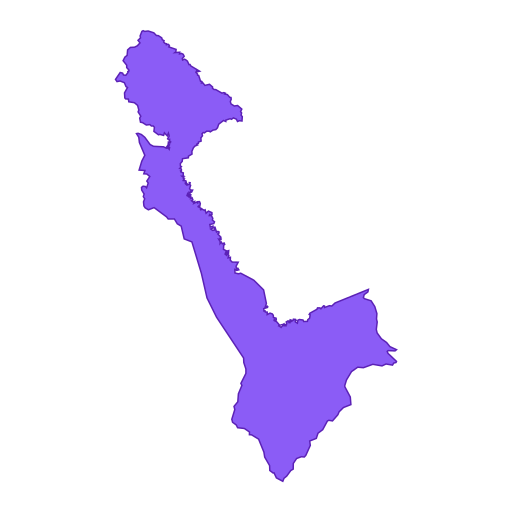 Pinogana, Darién, Panama (Albers equal-area conic projection)
{"feature_id": "35544464B85836861885504", "entity_name": "Pinogana", "entity_type": "district", "adm_level": 2, "iso_a3": "PAN", "parent_name": "Panama", "parent_adm1": "Darién", "projection": "albers", "projection_center": [-77.802, 8.304], "detail": "fine", "context": "isolated", "style": "filled", "palette": "violet", "viewbox_px": 512, "rotation_deg": 0, "n_neighbors": 0, "source": "geoboundaries", "source_scale": "gbopen_adm2", "svg_char_len": 6029}
<svg xmlns="http://www.w3.org/2000/svg" viewBox="0 0 512 512"><path d="M242.0,121.0L242.3,116.6L241.1,115.2L241.6,112.9L240.6,111.6L241.8,109.1L237.6,105.5L234.3,106.0L231.0,103.9L230.3,101.6L231.2,99.3L231.0,97.5L229.7,97.3L227.4,94.6L224.7,94.0L225.3,93.2L223.9,92.6L221.9,93.1L215.8,89.6L214.0,89.5L212.5,88.3L212.6,87.0L209.5,84.3L204.9,85.4L203.1,83.1L201.7,83.0L202.3,82.2L201.6,81.3L200.6,81.4L198.7,75.5L197.6,75.2L197.4,73.9L195.9,72.3L196.5,71.1L197.5,71.7L199.6,71.2L190.9,66.0L190.0,64.5L189.0,64.6L187.4,61.1L185.6,59.7L184.5,59.2L182.6,60.0L182.3,58.5L184.2,56.3L183.2,54.3L181.5,53.4L179.5,53.9L179.8,52.2L174.9,52.6L175.8,51.9L176.1,49.4L168.8,46.9L169.4,45.8L168.8,44.7L167.9,44.2L166.4,44.7L166.3,43.7L164.8,43.3L163.6,42.0L164.1,40.7L162.3,39.7L161.7,37.8L158.3,35.6L156.4,35.5L153.8,32.8L148.2,31.0L144.7,31.4L143.1,30.7L141.9,31.4L140.1,35.9L140.5,37.9L138.0,40.3L140.0,42.9L137.3,45.8L134.5,47.2L130.4,47.4L127.6,49.9L127.1,55.4L124.9,57.1L123.1,60.7L126.7,65.2L126.7,67.6L128.8,69.9L128.9,71.0L127.8,71.5L128.0,72.5L125.8,75.3L123.5,75.0L122.6,73.1L120.2,72.5L115.5,79.4L117.0,81.6L120.1,81.0L124.4,82.7L126.0,86.6L127.5,87.5L124.5,92.9L124.8,97.9L125.6,98.9L128.4,99.1L128.8,101.8L134.4,102.7L137.6,105.4L138.8,110.0L138.1,111.9L140.8,116.2L139.7,118.1L140.5,122.2L142.5,122.6L146.3,125.0L149.9,124.6L151.4,126.0L153.3,126.0L154.4,127.3L153.9,131.4L158.5,134.8L159.9,134.4L163.6,135.4L164.4,132.8L167.3,135.9L168.4,133.2L169.2,136.0L167.6,138.8L168.5,139.6L169.6,139.4L169.5,140.8L170.7,141.9L170.0,142.9L168.4,142.1L168.1,144.6L168.9,144.2L169.5,144.8L168.5,146.5L167.9,145.2L166.8,146.7L169.4,147.5L169.7,146.9L169.2,149.3L168.4,148.2L166.4,148.2L163.5,146.8L153.5,146.3L150.1,144.5L144.8,137.3L141.4,134.5L138.1,133.3L136.5,133.6L138.8,137.3L139.4,142.5L144.8,155.3L141.8,161.1L139.1,170.1L144.9,170.5L143.8,173.8L146.8,174.0L149.8,176.5L146.8,181.1L148.2,183.0L146.6,187.8L145.4,186.5L143.0,186.2L141.5,187.4L141.7,190.1L144.1,194.0L143.3,196.6L144.7,198.8L143.5,201.8L143.9,205.9L145.1,207.8L148.4,209.8L154.1,207.6L166.6,216.9L168.2,219.0L174.4,219.0L177.3,223.8L181.2,226.1L184.2,238.9L191.9,241.9L201.4,273.4L207.0,297.9L216.5,317.1L243.6,358.0L243.8,362.6L245.9,369.0L245.9,373.4L240.9,383.4L241.9,385.4L238.4,393.8L237.8,401.8L234.0,406.4L234.8,409.5L231.8,419.3L232.6,422.3L236.3,425.0L237.6,427.7L244.4,428.5L249.5,432.0L249.4,434.7L251.5,434.8L258.6,439.1L263.9,452.1L264.7,457.1L269.6,465.6L269.8,470.5L273.1,473.0L274.0,472.8L276.4,477.9L282.8,481.3L284.0,478.3L286.7,476.1L290.8,470.5L293.2,469.1L293.3,463.4L296.6,458.5L301.4,456.7L304.3,457.0L305.8,455.4L310.3,445.4L309.7,441.0L316.3,438.4L318.0,433.2L322.7,429.7L327.4,421.0L328.8,420.3L332.5,420.9L337.9,414.7L339.1,411.8L343.5,407.5L350.9,404.6L350.3,397.0L344.8,386.7L344.8,385.4L346.5,379.9L351.5,371.6L357.7,367.2L363.4,367.7L372.8,364.3L382.0,365.9L386.0,364.0L392.5,365.1L393.7,363.1L396.0,362.5L396.5,361.4L388.0,353.4L387.2,351.4L388.1,350.6L395.0,350.9L396.5,349.7L389.9,346.6L386.6,342.5L381.4,338.8L377.1,332.9L376.3,329.4L377.2,322.0L376.5,319.0L376.9,313.6L374.8,306.6L371.1,300.8L364.5,298.7L363.4,297.6L364.2,294.6L367.9,291.9L368.4,289.4L335.0,303.0L331.8,306.0L329.4,305.7L324.6,307.5L324.5,306.0L323.6,305.8L320.9,308.8L320.0,307.9L317.5,307.9L316.9,309.3L309.9,313.2L309.2,314.5L310.2,314.9L309.6,318.2L307.8,319.7L307.4,321.4L303.7,321.5L303.0,320.0L299.4,319.5L297.9,320.2L297.4,323.2L295.4,322.0L295.2,320.7L296.1,320.4L295.6,319.4L293.4,319.2L293.1,320.4L291.2,321.5L290.7,320.5L291.4,320.2L290.2,319.8L289.9,322.7L288.9,322.6L288.7,321.0L287.9,320.9L286.2,322.0L286.8,322.8L286.5,324.7L284.7,324.4L285.6,325.7L284.0,325.7L283.9,323.9L282.2,324.9L282.7,325.5L281.1,327.4L279.3,326.1L280.1,325.2L278.8,325.6L279.1,324.6L276.6,321.7L274.1,320.5L274.3,319.5L275.5,320.7L276.3,319.9L276.1,318.2L273.4,317.4L273.3,315.3L272.3,313.9L270.0,313.1L267.2,314.6L267.2,312.1L265.3,312.0L265.0,310.8L264.0,311.0L263.7,308.6L267.4,307.5L267.8,306.8L267.2,306.1L265.3,306.8L266.4,303.5L263.6,289.9L253.8,280.2L240.7,273.2L238.5,273.8L235.0,273.0L234.8,269.5L236.7,270.4L238.8,269.8L237.8,268.2L236.4,268.9L236.1,266.2L238.2,262.2L232.2,262.1L230.3,260.2L230.4,257.3L228.1,257.8L228.9,255.3L226.9,253.5L226.6,255.3L225.1,254.1L225.9,252.0L228.5,253.1L228.7,250.6L227.0,251.1L223.5,249.4L223.7,245.2L224.7,244.4L224.1,243.0L222.3,243.8L221.3,242.1L220.1,243.5L220.2,241.7L218.7,239.2L220.8,239.7L221.2,239.0L220.1,238.1L220.9,237.2L217.8,234.0L219.0,233.1L219.0,231.9L217.9,231.4L216.5,232.0L214.8,226.6L214.3,230.1L212.7,230.4L210.7,229.0L213.2,227.9L213.0,226.1L210.3,227.0L209.8,224.5L213.8,223.6L214.5,221.8L212.4,220.1L212.8,218.3L211.4,215.6L209.3,215.6L209.7,214.5L210.4,215.0L212.0,214.5L211.9,212.6L208.4,211.1L206.1,213.2L205.1,209.8L204.3,210.3L202.3,209.3L200.1,210.0L201.5,208.6L198.1,206.7L198.5,206.0L199.8,206.3L200.3,203.5L199.5,201.6L197.6,201.7L197.6,202.9L196.5,202.1L193.8,203.4L194.5,201.5L193.0,202.0L191.5,200.7L192.9,199.9L192.1,197.8L190.5,198.5L190.8,196.5L190.1,196.2L188.7,197.6L189.1,196.7L187.0,195.6L187.6,193.8L188.4,195.2L190.6,195.5L190.8,194.7L189.2,194.4L188.9,192.4L190.3,192.8L190.5,191.7L191.6,192.1L192.6,190.1L190.5,190.0L189.6,188.6L190.6,185.3L189.8,184.5L190.1,182.7L189.3,182.6L189.4,184.2L187.0,185.1L186.5,184.5L187.5,183.2L186.2,184.5L185.3,183.6L185.4,182.8L186.4,182.8L185.9,180.9L183.3,180.5L184.4,178.9L183.4,178.6L183.8,177.6L182.0,176.2L183.8,176.1L183.2,175.6L183.3,172.9L180.8,171.9L180.6,170.9L181.3,170.9L181.5,169.8L180.9,168.5L179.8,168.4L181.4,166.6L180.4,166.0L180.3,163.6L182.2,161.4L182.5,158.7L188.4,157.8L188.4,156.2L192.0,154.1L191.9,151.3L193.4,147.8L194.9,146.1L197.2,145.1L196.6,144.8L197.2,143.7L198.4,143.5L198.4,142.1L201.1,141.1L200.9,137.8L202.5,135.8L202.0,133.8L203.2,132.5L204.4,132.9L206.7,131.2L209.4,131.2L210.2,131.9L213.0,130.1L215.8,129.6L217.5,127.8L218.7,124.2L223.5,120.5L225.8,121.5L225.9,120.1L230.1,118.7L231.5,119.3L233.4,117.9L236.4,119.2L237.5,121.5L239.4,120.7L242.0,121.0Z" fill="#8b5cf6" stroke="#5b21b6" stroke-width="1.5"/></svg>